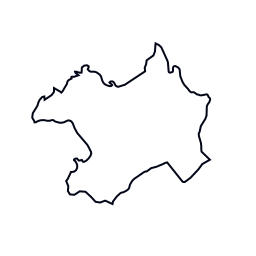 the Prefecture of Gaoual, rotated 327°
{"feature_id": "GIN-5639", "entity_name": "Gaoual", "entity_type": "Prefecture", "adm_level": 1, "iso_a3": "GIN", "parent_name": "Guinea", "parent_adm1": "", "projection": "mercator", "projection_center": [-13.344, 11.72], "detail": "fine", "context": "isolated", "style": "outline", "palette": "ink", "viewbox_px": 256, "rotation_deg": 327, "n_neighbors": 0, "source": "natural_earth", "source_scale": "10m", "svg_char_len": 2916}
<svg xmlns="http://www.w3.org/2000/svg" viewBox="0 0 256 256"><g transform="rotate(327 128 128)"><path d="M73.4,58.9L81.9,58.8L85.6,57.4L87.7,54.2L91.1,60.9L91.3,62.0L92.8,61.7L100.5,57.9L102.4,56.2L103.4,55.7L104.5,55.5L107.6,55.8L108.1,54.5L108.9,54.4L110.5,55.6L115.2,56.8L114.0,53.2L114.3,52.0L115.6,52.9L116.6,54.2L117.9,55.6L119.3,56.2L122.3,52.1L123.7,52.0L125.2,51.8L127.8,53.1L128.6,54.8L127.8,56.0L126.8,56.3L126.2,56.9L126.5,58.9L127.5,60.6L128.9,61.4L130.6,62.6L131.8,64.0L132.7,66.0L133.4,68.0L133.5,70.0L132.2,74.4L132.0,76.5L132.3,78.4L133.3,80.3L134.2,81.5L135.3,82.8L136.6,83.6L138.1,83.4L138.1,82.5L137.4,80.9L137.3,79.7L138.8,79.5L140.5,80.6L141.0,82.1L140.9,83.9L140.7,85.7L141.0,86.5L142.1,88.1L144.7,88.8L148.8,90.0L173.2,89.8L174.9,86.5L177.9,84.4L180.5,81.4L188.8,81.0L192.3,78.5L195.1,74.8L197.2,72.1L199.0,75.1L199.6,77.3L199.8,78.1L199.8,79.1L197.7,93.0L197.1,94.9L192.8,102.9L192.8,103.7L193.3,104.4L194.2,104.8L195.1,105.0L195.8,105.2L196.5,104.9L197.1,104.3L198.2,102.4L198.9,101.7L199.6,101.3L200.5,101.3L201.1,101.6L201.6,102.1L202.4,103.5L203.1,104.9L203.2,105.9L203.2,106.8L203.0,107.4L200.0,113.2L198.8,119.3L198.7,122.5L199.6,127.8L199.7,130.1L199.9,131.1L200.1,131.8L200.4,132.4L200.9,132.8L202.1,133.4L202.6,133.8L203.2,134.9L203.7,136.2L203.9,136.9L204.2,137.5L205.0,138.0L205.2,138.4L205.5,138.8L205.8,139.3L206.3,139.8L206.8,140.2L207.3,140.6L211.8,142.4L212.4,142.7L212.7,143.4L212.8,144.2L212.5,145.7L212.6,146.5L212.8,147.2L212.8,147.9L212.5,148.8L211.2,149.9L210.3,150.5L207.5,151.7L206.4,152.4L205.6,153.2L200.6,160.4L197.8,162.5L190.5,165.9L190.0,166.2L187.0,169.2L185.4,170.6L184.8,170.9L184.3,171.2L183.7,172.2L183.0,173.7L181.1,180.0L179.8,182.7L177.4,186.6L176.8,187.9L179.4,199.2L170.4,198.7L169.2,199.3L164.3,201.1L153.3,203.8L146.8,204.2L146.0,204.1L144.7,203.1L144.5,202.5L142.1,178.2L140.2,177.6L139.6,177.4L138.3,177.4L130.7,176.0L125.6,174.3L120.0,174.6L119.2,174.1L118.2,173.8L116.9,173.7L105.9,174.0L104.0,174.3L102.1,174.9L99.0,176.5L97.7,177.6L96.7,178.5L96.0,179.1L94.9,179.5L92.8,179.7L91.3,179.6L89.0,179.3L88.3,179.1L87.8,178.8L87.2,178.6L86.2,178.5L81.4,179.3L75.5,181.4L73.6,183.3L69.3,176.5L64.0,175.3L60.6,172.2L59.5,165.7L57.6,158.3L53.0,154.8L46.6,154.8L43.2,152.1L43.2,148.2L46.2,144.4L47.3,138.8L49.7,137.9L55.1,134.6L56.1,133.8L58.8,135.2L61.4,135.1L63.6,133.8L65.2,131.4L65.5,130.1L65.8,127.2L65.2,125.7L65.6,125.0L67.5,125.1L68.6,125.9L69.0,128.5L70.1,129.1L71.9,129.6L72.0,130.5L71.7,131.4L72.5,132.4L75.0,132.7L78.3,132.1L81.3,130.9L83.3,129.4L84.0,127.7L84.6,122.2L84.7,119.8L82.7,104.6L83.1,99.3L84.2,94.1L84.1,91.6L82.7,89.5L81.5,88.9L77.0,88.2L75.0,87.3L73.5,86.3L70.7,83.2L70.0,81.9L69.7,80.9L69.1,80.2L65.7,79.0L64.4,78.1L61.9,75.7L59.5,74.2L57.0,73.3L53.7,72.9L52.7,72.4L53.2,71.0L53.2,68.2L53.5,66.9L56.3,63.7L64.0,60.1L67.0,57.6L69.4,56.2L72.9,55.3L75.0,56.0L73.4,58.9Z" fill="none" stroke="#020617" stroke-width="2"/></g></svg>